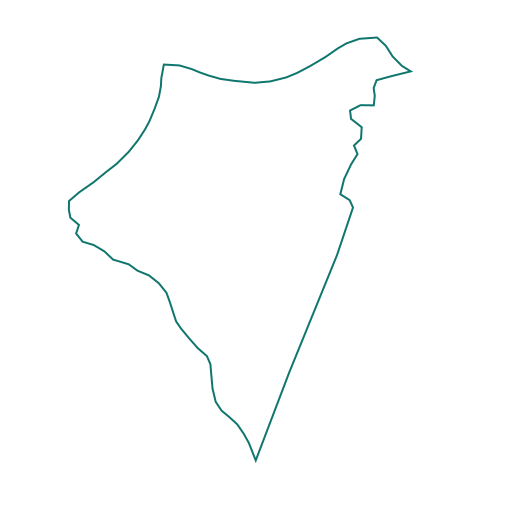 Lucena, Paraíba, Brazil, rotated 262°
{"feature_id": "56859067B15488215620489", "entity_name": "Lucena", "entity_type": "district", "adm_level": 2, "iso_a3": "BRA", "parent_name": "Brazil", "parent_adm1": "Paraíba", "projection": "natural_earth1", "projection_center": [-34.904, -6.922], "detail": "fine", "context": "isolated", "style": "outline", "palette": "teal", "viewbox_px": 512, "rotation_deg": 262, "n_neighbors": 0, "source": "geoboundaries", "source_scale": "gbopen_adm2", "svg_char_len": 1161}
<svg xmlns="http://www.w3.org/2000/svg" viewBox="0 0 512 512"><g transform="rotate(262 256 256)"><path d="M336.5,78.5L327.6,77.1L319.8,77.5L311.4,85.0L303.3,81.0L294.3,86.3L289.4,96.9L281.7,106.5L272.3,114.0L265.5,128.8L257.9,136.7L251.6,147.4L242.5,156.0L232.1,162.2L222.1,164.3L211.1,166.2L202.3,167.8L194.7,171.6L184.1,178.1L173.0,185.4L163.6,193.5L155.1,195.8L144.8,195.2L130.8,194.5L117.2,195.8L107.6,200.4L100.3,207.1L91.9,214.0L81.9,219.0L71.9,222.9L53.6,227.3L135.9,272.6L245.7,336.4L290.5,358.8L298.3,356.5L305.4,348.1L320.0,354.0L333.5,362.9L342.8,370.7L351.8,368.4L357.4,376.3L368.8,378.6L378.6,369.2L387.0,369.4L390.8,380.5L388.8,393.6L398.1,395.9L406.0,395.9L413.3,399.9L415.1,413.8L417.3,434.9L423.9,427.0L434.5,419.1L446.1,413.8L455.5,406.3L456.7,388.6L454.0,375.3L450.2,365.9L443.5,352.7L436.3,335.4L431.5,322.0L428.6,310.6L426.9,294.5L427.7,278.8L432.5,258.8L436.3,245.5L441.3,234.2L445.6,225.9L450.2,218.1L455.4,206.6L458.4,191.4L445.3,187.0L437.2,185.4L427.1,182.0L415.8,176.0L404.1,169.1L396.8,163.7L387.3,155.5L376.9,144.5L366.7,130.9L359.9,119.0L351.8,105.7L343.8,90.0L336.5,78.5Z" fill="none" stroke="#0f766e" stroke-width="2"/></g></svg>